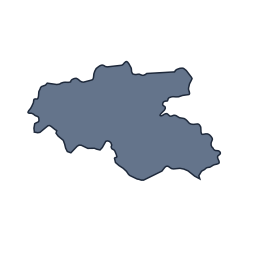 SVG path tracing the border of L'Aquila, rotated 147°
{"feature_id": "ITA-5420", "entity_name": "L'Aquila", "entity_type": "Province", "adm_level": 1, "iso_a3": "ITA", "parent_name": "Italy", "parent_adm1": "", "projection": "albers", "projection_center": [13.512, 42.145], "detail": "fine", "context": "isolated", "style": "filled", "palette": "slate", "viewbox_px": 256, "rotation_deg": 147, "n_neighbors": 0, "source": "natural_earth", "source_scale": "10m", "svg_char_len": 3952}
<svg xmlns="http://www.w3.org/2000/svg" viewBox="0 0 256 256"><g transform="rotate(147 128 128)"><path d="M95.5,46.2L98.3,51.3L101.0,59.4L103.5,63.1L106.4,65.9L112.1,68.9L113.4,70.0L114.0,71.1L115.1,73.8L116.0,74.7L117.3,75.1L118.7,74.9L123.0,73.4L143.3,75.8L145.3,77.1L146.8,79.0L148.1,80.2L152.3,87.1L152.8,88.7L152.9,92.5L154.0,96.9L156.0,101.4L157.3,105.9L155.8,110.0L154.9,110.2L154.0,109.7L153.0,109.9L152.3,112.0L151.6,115.6L151.6,116.7L151.9,117.6L152.7,119.0L152.8,120.0L152.5,121.2L152.1,121.7L151.5,122.0L150.9,122.7L150.4,125.0L151.0,127.0L152.3,128.4L153.9,128.9L160.2,125.6L163.4,124.8L165.8,127.3L167.2,129.3L172.8,132.8L176.6,139.0L178.4,140.3L180.6,140.4L189.4,138.3L191.7,141.3L191.3,145.0L189.9,149.0L189.0,152.9L191.0,159.3L191.2,162.8L189.2,164.6L190.1,166.6L191.6,171.2L192.4,172.8L193.9,173.5L204.2,172.3L206.3,173.2L208.8,175.6L208.6,175.8L207.3,178.5L206.9,179.2L206.5,179.6L203.9,182.4L203.0,182.4L199.7,182.0L199.0,182.4L198.3,183.2L197.3,185.2L197.3,186.1L197.5,186.8L198.3,187.9L198.9,188.7L199.3,189.6L199.7,191.0L200.0,191.5L200.6,192.5L201.0,193.0L202.5,194.0L202.9,194.3L203.2,194.7L203.4,195.1L203.4,195.5L202.8,196.1L201.8,196.6L199.0,197.5L196.9,198.6L193.6,200.7L191.7,202.9L191.1,203.2L190.1,203.0L188.5,201.8L187.7,201.9L186.9,202.3L185.7,203.5L183.2,206.8L182.6,207.3L180.3,208.7L179.6,209.3L178.7,209.7L177.8,209.8L173.8,208.9L171.3,209.6L164.1,203.3L161.5,202.1L159.7,202.1L157.5,201.5L155.9,200.7L153.2,198.8L151.9,198.2L151.0,198.0L150.5,198.4L150.1,198.7L149.3,199.0L148.3,199.1L146.3,198.8L145.1,198.3L144.4,197.9L144.0,197.3L143.7,196.8L143.2,195.7L142.5,193.3L142.1,192.6L141.6,191.8L140.4,190.7L132.6,188.1L131.4,187.9L130.8,188.1L130.3,188.4L129.4,189.2L127.2,191.9L125.0,193.7L122.3,195.2L120.2,195.4L117.9,195.5L116.6,195.3L115.7,195.0L115.2,194.7L114.8,194.3L114.4,193.8L114.1,193.3L113.9,192.8L113.7,192.2L113.0,191.4L112.0,190.5L99.2,184.1L98.5,184.0L97.8,184.0L97.2,184.1L95.5,184.6L94.1,184.8L93.3,184.7L92.8,184.3L92.6,183.7L92.4,183.1L92.4,182.4L92.3,181.6L92.6,177.0L92.8,176.3L93.0,175.7L94.2,173.5L94.4,172.8L94.5,172.1L94.6,171.4L94.4,170.5L93.7,169.7L92.3,168.5L90.8,167.9L89.3,167.1L87.5,164.6L86.8,164.0L86.1,163.7L85.0,163.5L84.7,163.4L82.6,163.5L58.4,149.7L57.7,149.9L57.3,150.3L56.4,150.5L55.0,150.5L52.0,149.8L50.3,148.9L49.3,148.2L48.9,147.6L48.7,147.1L47.9,144.7L47.8,144.1L47.2,136.2L47.2,135.6L47.4,134.5L49.5,133.2L52.4,131.5L55.3,128.7L55.9,127.9L56.2,127.4L56.4,126.8L56.9,124.9L57.5,123.5L58.1,123.0L58.7,122.9L64.5,125.6L68.5,126.6L70.7,127.9L73.1,129.7L73.8,130.1L74.8,130.5L76.6,130.9L77.6,131.0L78.3,130.7L79.4,129.8L80.1,129.3L80.7,129.4L82.0,130.2L83.3,130.5L84.1,130.5L84.7,130.2L85.2,129.9L85.6,129.5L86.0,129.0L86.2,128.5L86.3,127.9L86.1,127.3L85.6,126.3L85.4,125.7L85.6,124.9L86.1,124.1L87.6,123.2L92.6,122.1L93.8,121.6L94.3,121.0L94.0,120.5L93.5,120.1L92.9,119.9L92.2,119.8L90.1,119.8L88.6,119.5L88.1,119.2L87.6,118.9L87.3,118.3L87.1,117.8L86.8,116.5L86.6,115.8L86.4,115.3L86.1,114.9L85.7,114.6L85.4,114.4L82.8,113.8L82.3,113.5L81.8,113.2L81.4,112.7L81.0,112.3L79.5,109.1L79.2,108.6L78.8,108.2L76.2,105.8L75.8,105.4L75.2,104.3L74.8,103.1L74.5,101.9L74.1,99.1L73.9,98.5L73.7,98.0L73.0,97.0L72.2,96.2L70.8,95.2L67.4,93.5L67.0,93.1L66.6,92.4L66.4,91.6L66.4,90.1L66.5,89.2L66.9,88.4L69.0,84.8L69.4,83.5L69.4,82.5L69.0,82.1L68.5,81.8L66.1,80.8L65.0,80.1L64.6,79.8L63.9,78.9L63.4,77.8L63.2,77.0L63.0,76.0L62.9,74.4L63.0,73.4L63.3,72.7L63.7,72.2L65.6,70.9L66.2,70.4L66.8,69.7L67.7,68.2L67.9,67.2L68.0,66.4L67.7,65.2L67.7,64.8L67.8,63.7L67.7,63.1L67.5,62.4L67.2,61.9L66.9,61.5L66.4,61.1L65.0,60.0L64.5,59.5L64.2,58.9L63.9,57.8L64.0,57.1L64.3,56.5L64.7,56.2L65.3,55.9L67.4,55.7L68.2,55.5L69.0,54.4L69.4,53.1L69.7,50.8L70.1,49.8L70.6,49.1L71.1,49.0L71.8,49.0L73.2,49.3L75.0,50.0L76.4,50.4L80.1,50.5L80.8,50.6L81.9,51.1L82.5,51.4L83.7,51.8L84.4,51.8L86.4,51.5L89.2,51.7L89.9,51.6L90.5,51.4L94.6,49.4L95.5,46.2Z" fill="#64748b" stroke="#1e293b" stroke-width="1.5"/></g></svg>